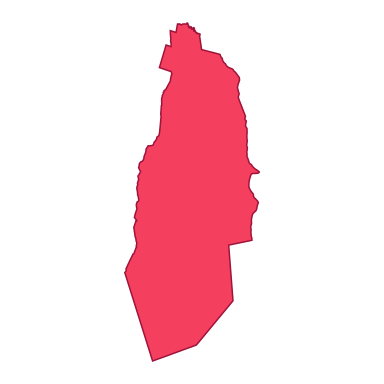 outline of La Paz, Catamarca, Argentina
{"feature_id": "61730980B42057198063965", "entity_name": "La Paz", "entity_type": "district", "adm_level": 2, "iso_a3": "ARG", "parent_name": "Argentina", "parent_adm1": "Catamarca", "projection": "equal_earth", "projection_center": [-65.146, -29.358], "detail": "fine", "context": "isolated", "style": "filled", "palette": "rose", "viewbox_px": 384, "rotation_deg": 0, "n_neighbors": 0, "source": "geoboundaries", "source_scale": "gbopen_adm2", "svg_char_len": 5605}
<svg xmlns="http://www.w3.org/2000/svg" viewBox="0 0 384 384"><path d="M191.4,27.8L191.2,27.6L191.2,27.2L190.9,26.9L190.9,26.7L190.6,26.7L190.4,26.8L190.3,27.0L190.4,27.5L190.6,27.7L190.6,27.8L190.4,27.9L190.1,27.9L189.9,27.8L189.7,27.9L189.4,27.7L189.2,27.5L189.2,27.4L189.0,27.2L188.7,27.1L188.4,26.9L188.3,26.7L188.6,26.5L188.8,26.6L188.9,26.4L188.9,26.1L188.8,25.7L188.7,25.6L188.6,25.4L188.5,25.2L188.3,25.1L188.0,24.6L187.7,24.4L187.8,24.0L187.7,23.9L187.7,23.7L187.8,23.5L187.7,23.4L187.5,23.2L187.4,23.1L187.1,23.0L186.8,23.1L186.7,23.2L186.7,23.6L186.4,23.8L186.2,24.1L185.9,24.2L185.7,24.2L185.2,24.1L184.9,24.0L184.7,23.9L184.4,23.9L183.3,24.0L182.8,24.1L182.5,24.1L182.1,24.3L182.0,24.5L181.9,24.5L181.6,24.8L181.3,24.9L180.8,24.7L180.7,24.7L180.4,24.5L180.1,24.3L179.9,24.1L179.8,23.9L179.6,23.9L179.4,24.0L179.2,24.1L178.7,24.3L178.5,24.2L178.4,24.0L177.8,23.9L177.6,23.9L177.5,24.0L176.0,32.4L170.3,30.6L170.4,32.7L170.3,33.5L170.9,39.1L170.6,40.3L170.8,42.6L171.2,43.1L171.0,46.6L166.1,45.0L159.4,67.6L171.1,71.6L171.9,74.1L171.1,75.9L171.0,76.9L170.5,79.2L170.4,80.9L167.4,86.4L165.9,89.3L165.3,89.5L164.6,90.7L164.1,90.7L164.1,91.4L163.2,92.5L163.5,93.5L163.4,93.7L162.3,95.4L162.2,97.0L162.2,97.5L161.7,98.0L161.6,101.5L161.8,104.8L161.4,105.2L160.7,114.5L161.1,116.2L160.0,128.0L159.6,132.2L158.9,135.5L158.1,136.3L157.0,137.0L156.5,139.1L155.2,141.1L154.2,142.0L153.3,144.9L152.5,145.2L152.3,145.4L151.0,145.7L150.7,145.6L149.9,145.8L148.1,145.8L146.8,147.9L146.0,149.3L146.0,150.7L145.9,151.2L145.1,154.1L144.3,155.7L144.0,157.0L143.9,158.4L143.7,158.7L143.3,160.1L143.0,160.3L142.5,161.0L142.2,161.3L140.8,161.8L139.5,163.4L139.1,165.4L139.1,166.0L138.6,167.5L139.6,169.9L140.2,170.8L140.6,171.4L140.4,172.0L140.1,172.4L139.6,173.6L139.2,174.0L139.2,174.4L137.9,176.1L138.4,177.9L138.3,178.1L138.8,179.7L138.5,179.9L137.4,183.2L137.8,184.4L137.4,185.3L137.4,185.9L136.8,187.3L137.0,187.8L136.8,188.9L137.1,189.8L137.1,190.1L137.3,191.2L137.4,191.5L137.5,191.8L137.5,192.4L137.5,193.3L137.7,194.5L137.6,195.1L138.2,196.2L138.3,197.2L138.4,197.9L138.6,199.0L138.6,199.4L138.7,199.6L138.6,200.2L138.7,200.8L138.5,201.1L138.3,201.3L137.1,202.0L136.4,204.0L136.3,206.1L136.7,206.9L136.6,207.4L137.0,208.3L136.6,209.6L136.6,209.8L135.9,211.9L135.2,214.0L135.2,214.7L135.0,214.9L134.4,217.5L136.8,220.5L136.6,220.9L136.1,220.5L135.9,220.7L135.9,221.1L135.7,221.5L135.6,222.2L133.8,227.3L135.2,236.9L135.8,238.2L136.2,241.3L136.6,242.1L136.8,243.7L136.2,246.0L136.6,247.1L136.3,247.2L135.9,248.1L135.7,248.7L135.3,249.8L133.8,253.8L133.7,254.0L133.0,254.2L132.9,254.2L132.8,254.3L132.4,255.4L129.8,260.7L126.1,268.6L126.0,268.9L126.3,270.1L126.3,270.4L125.0,272.4L124.8,272.6L152.6,361.0L196.4,345.0L233.0,300.8L228.7,245.1L251.9,240.3L251.9,239.0L251.9,238.7L251.9,238.3L251.4,236.7L251.2,235.9L251.1,235.1L251.0,233.2L250.9,232.3L251.0,231.3L251.1,229.9L251.0,228.8L250.8,228.0L250.8,226.6L251.0,225.3L251.4,224.3L251.5,223.1L251.5,221.9L251.5,221.0L251.3,220.2L251.6,218.9L251.7,218.0L252.0,216.6L252.2,215.6L252.3,215.3L252.6,214.3L253.0,213.6L253.2,213.3L254.4,212.2L255.0,211.6L255.8,210.9L256.1,210.4L256.3,209.9L256.6,209.3L257.3,205.6L258.3,202.8L258.3,202.5L258.0,201.8L257.8,201.4L257.4,200.9L257.0,200.6L256.6,200.0L256.4,199.8L255.8,199.1L255.5,198.9L255.3,198.6L254.7,198.2L254.2,197.6L253.8,197.1L253.6,196.6L253.5,195.9L253.5,195.3L253.4,194.6L253.2,194.1L252.8,193.4L252.4,193.0L252.1,192.6L251.7,192.0L251.2,191.4L250.2,190.0L249.7,188.9L248.9,186.9L248.9,185.4L248.9,184.3L248.9,183.8L249.0,182.3L249.6,179.0L249.9,178.2L251.0,174.7L251.4,174.2L251.9,173.6L252.6,173.6L253.1,173.5L253.9,173.4L254.9,173.5L255.8,173.4L256.4,173.3L257.1,173.3L257.6,173.3L258.0,173.1L258.8,172.8L259.2,172.2L259.2,171.8L258.7,171.5L258.2,171.0L257.3,170.3L255.5,169.2L254.5,168.4L253.9,167.8L253.3,167.3L252.0,165.7L251.7,165.0L251.1,164.4L250.2,163.8L249.8,163.6L249.4,163.1L249.0,162.4L248.9,161.7L248.6,160.8L248.5,160.1L248.3,159.8L248.0,159.2L247.8,158.4L247.6,157.8L247.0,156.6L247.0,155.6L247.1,154.9L247.0,153.8L247.0,153.2L246.8,152.3L246.9,151.7L247.0,150.5L247.3,149.2L247.3,148.3L247.3,147.6L247.3,147.2L247.0,146.5L246.6,145.8L246.8,144.7L246.9,143.7L247.0,142.7L247.1,141.7L247.3,140.9L247.2,140.0L247.1,139.7L246.9,139.0L246.9,138.1L247.0,137.5L246.9,136.9L246.9,136.7L246.8,136.2L246.9,135.4L246.9,134.3L247.0,133.7L247.1,133.1L247.0,128.4L245.5,126.1L245.9,122.8L246.3,121.9L246.1,120.6L245.0,119.6L245.0,117.7L245.5,116.4L239.5,100.9L238.4,97.8L238.3,97.2L238.4,96.4L238.8,95.1L239.2,93.7L239.0,93.3L238.7,92.4L237.6,88.3L237.5,87.6L237.6,86.4L238.3,83.8L239.0,81.8L239.6,80.0L239.5,79.6L239.3,77.5L239.0,77.1L235.5,72.3L234.2,71.3L233.9,70.9L233.4,70.2L233.1,69.6L232.4,69.0L231.4,68.6L230.5,68.2L229.3,67.8L228.3,67.3L227.1,66.3L226.6,65.9L225.3,63.7L225.0,63.5L224.6,63.2L223.6,62.1L222.7,60.7L222.3,58.5L220.9,56.8L220.0,54.4L201.6,49.6L199.7,36.7L199.7,36.2L199.7,35.5L199.9,35.0L200.1,34.5L200.1,34.2L199.9,34.0L199.5,34.0L199.3,34.1L199.2,34.1L199.0,33.9L198.9,33.6L198.6,33.6L198.4,33.6L197.8,33.3L197.6,33.3L197.4,33.4L197.1,33.5L196.9,33.6L196.8,33.4L197.0,33.2L196.9,32.9L196.7,32.6L196.3,32.6L196.0,32.6L195.8,32.4L195.7,31.9L195.5,31.3L195.4,31.0L195.2,31.0L194.6,31.3L194.3,31.4L194.1,31.3L193.9,31.1L193.7,30.5L193.8,30.3L194.0,30.1L194.5,29.9L194.6,29.6L194.5,29.3L194.4,29.2L194.3,28.9L194.4,28.7L194.2,28.0L194.0,27.8L193.7,27.6L193.2,27.7L193.2,28.2L193.2,28.4L193.3,28.5L193.2,28.7L193.1,28.9L192.6,29.1L192.4,29.1L192.2,29.2L191.7,29.1L191.6,28.8L191.7,28.7L191.7,28.2L191.4,27.9L191.4,27.8Z" fill="#f43f5e" stroke="#9f1239" stroke-width="1.5"/></svg>